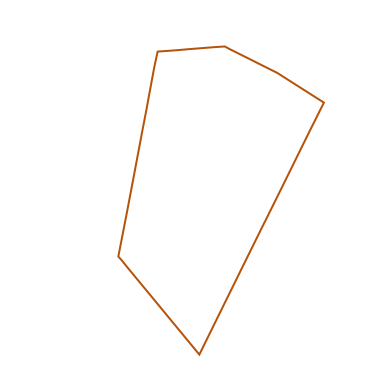 outline of Saku, Eastern, Kenya, rotated 203°
{"feature_id": "3690345B97968692323011", "entity_name": "Saku", "entity_type": "district", "adm_level": 2, "iso_a3": "KEN", "parent_name": "Kenya", "parent_adm1": "Eastern", "projection": "equal_earth", "projection_center": [37.99, 2.373], "detail": "fine", "context": "isolated", "style": "outline", "palette": "amber", "viewbox_px": 384, "rotation_deg": 203, "n_neighbors": 0, "source": "geoboundaries", "source_scale": "gbopen_adm2", "svg_char_len": 580}
<svg xmlns="http://www.w3.org/2000/svg" viewBox="0 0 384 384"><g transform="rotate(203 192 192)"><path d="M261.7,229.3L252.6,187.7L252.3,186.4L244.1,148.6L234.6,103.8L230.1,101.7L219.6,96.1L179.9,75.5L179.5,75.3L164.2,67.3L121.7,45.2L119.5,85.2L115.1,162.6L113.4,192.3L113.3,192.8L110.3,244.1L110.3,244.5L110.2,246.2L107.6,292.4L105.5,325.8L158.2,334.6L159.7,334.9L213.8,338.3L218.6,338.8L227.6,334.3L253.7,320.7L254.0,320.5L262.9,315.8L278.5,307.8L275.6,292.7L275.4,291.7L266.7,252.5L266.5,251.8L266.3,250.9L261.7,229.3Z" fill="none" stroke="#b45309" stroke-width="2"/></g></svg>